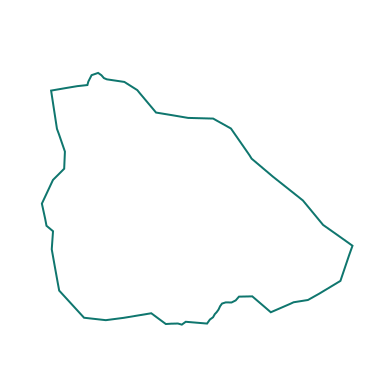 outline of Campinas do Piauí, Piauí, Brazil, rotated 171°
{"feature_id": "56859067B43304004429868", "entity_name": "Campinas do Piauí", "entity_type": "district", "adm_level": 2, "iso_a3": "BRA", "parent_name": "Brazil", "parent_adm1": "Piauí", "projection": "mercator", "projection_center": [-41.868, -7.679], "detail": "fine", "context": "isolated", "style": "outline", "palette": "teal", "viewbox_px": 384, "rotation_deg": 171, "n_neighbors": 0, "source": "geoboundaries", "source_scale": "gbopen_adm2", "svg_char_len": 980}
<svg xmlns="http://www.w3.org/2000/svg" viewBox="0 0 384 384"><g transform="rotate(171 192 192)"><path d="M222.8,62.6L218.5,64.8L197.7,59.7L194.3,63.2L190.8,65.0L188.6,67.8L186.5,69.4L184.2,71.7L182.1,74.8L179.8,77.1L176.0,77.7L170.2,76.7L165.8,78.1L162.0,81.3L148.8,79.5L137.8,66.6L133.0,60.9L112.4,66.2L108.9,67.2L94.4,67.2L82.2,71.7L59.3,81.0L46.6,105.2L41.9,113.8L53.3,125.0L67.7,139.0L83.8,166.3L109.6,194.4L127.9,215.6L129.5,219.4L143.6,248.6L155.7,258.1L159.6,261.2L184.3,265.8L199.7,271.0L215.1,276.1L228.2,297.9L230.1,301.2L241.6,311.3L258.5,316.6L261.2,318.3L263.2,321.5L266.1,324.3L272.9,323.1L277.1,317.3L278.6,314.0L288.8,314.5L300.2,314.4L315.3,314.2L315.5,275.5L314.4,270.0L311.2,251.8L314.6,235.0L322.4,229.3L327.4,225.7L342.1,204.0L341.2,188.2L341.0,181.4L335.4,175.0L339.5,157.3L339.2,141.6L338.8,122.9L338.6,115.4L318.3,84.7L297.2,78.9L279.2,78.4L251.2,78.6L238.5,65.7L233.3,65.2L226.5,64.3L222.8,62.6Z" fill="none" stroke="#0f766e" stroke-width="2"/></g></svg>